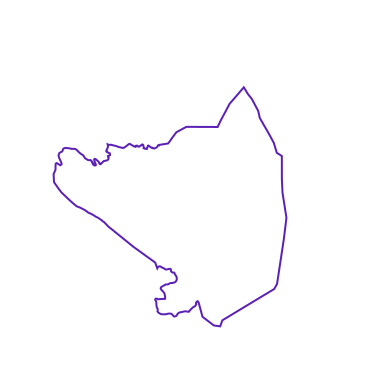 the district of Santa María Ipalapa, Oaxaca, Mexico, rotated 41°
{"feature_id": "50627088B14334632848246", "entity_name": "Santa María Ipalapa", "entity_type": "district", "adm_level": 2, "iso_a3": "MEX", "parent_name": "Mexico", "parent_adm1": "Oaxaca", "projection": "albers", "projection_center": [-98.024, 16.622], "detail": "fine", "context": "isolated", "style": "outline", "palette": "violet", "viewbox_px": 384, "rotation_deg": 41, "n_neighbors": 0, "source": "geoboundaries", "source_scale": "gbopen_adm2", "svg_char_len": 4788}
<svg xmlns="http://www.w3.org/2000/svg" viewBox="0 0 384 384"><g transform="rotate(41 192 192)"><path d="M296.0,278.4L301.4,274.9L299.1,268.9L317.7,211.2L316.5,205.6L292.4,167.6L287.4,160.2L280.2,149.5L260.6,133.0L251.1,123.0L236.2,105.9L230.3,106.8L221.6,101.3L216.1,99.2L213.1,98.1L209.2,96.7L202.5,94.4L194.5,91.6L188.8,87.4L184.1,85.6L176.3,82.6L169.6,81.3L162.4,79.0L162.5,90.1L162.5,94.5L162.5,100.7L163.3,104.2L164.7,110.1L166.6,118.6L168.7,126.1L157.0,136.2L144.9,146.6L144.8,147.0L141.0,157.2L141.5,164.2L142.0,168.6L142.1,171.1L136.3,178.0L136.5,178.4L136.0,178.6L135.9,178.8L135.8,179.0L135.9,179.7L136.1,180.4L136.1,181.3L135.5,183.0L135.3,183.4L135.1,183.7L134.8,184.1L134.2,184.2L134.0,184.3L133.7,184.4L133.8,184.5L133.6,184.7L132.4,185.2L128.7,185.5L128.5,185.9L128.4,186.0L129.5,188.7L129.3,188.7L129.4,189.0L129.5,189.2L129.3,189.3L128.5,189.8L128.4,189.9L128.4,190.0L128.1,190.1L127.9,190.2L127.6,190.5L127.4,190.6L127.0,190.6L127.1,190.2L126.0,189.8L124.4,188.6L123.9,188.5L123.5,188.6L123.2,188.8L123.1,189.1L123.1,189.7L123.1,190.1L122.9,190.3L122.7,190.6L122.6,191.3L122.5,192.0L122.5,192.3L121.8,192.9L121.7,192.8L121.2,192.8L120.7,192.9L120.3,193.0L120.0,193.1L119.6,193.5L119.5,193.8L119.3,194.1L119.8,194.5L119.8,194.9L118.8,195.3L118.2,195.7L115.7,196.1L113.4,196.5L112.8,197.5L112.5,199.8L112.3,200.3L111.7,203.1L111.5,203.4L111.2,203.6L111.1,203.8L110.9,204.1L110.6,204.3L108.5,205.4L107.6,205.9L107.2,206.1L104.4,207.2L101.9,208.5L100.8,209.0L100.1,209.3L98.9,210.4L98.4,210.8L97.5,211.3L97.1,211.4L97.6,211.8L98.2,212.2L98.8,212.9L99.5,214.4L100.1,216.6L100.4,217.3L100.7,217.5L101.3,217.2L101.6,217.6L103.6,217.1L104.6,216.7L105.5,217.5L105.9,217.8L105.0,219.9L105.6,220.1L105.4,220.3L107.3,221.7L107.4,222.6L107.2,223.8L105.1,226.6L104.8,231.0L104.1,231.4L103.4,231.3L103.0,230.7L100.2,230.4L98.1,230.4L97.0,230.7L96.7,231.1L96.9,231.8L98.7,233.0L101.2,234.2L101.8,234.8L101.8,235.0L101.6,235.4L101.5,235.6L101.3,235.7L100.5,236.1L100.4,236.1L99.8,235.8L99.2,235.5L97.5,235.0L97.7,235.4L96.8,235.0L94.9,234.4L94.6,234.4L92.7,236.1L89.7,236.6L89.2,236.7L87.2,236.1L85.8,235.7L83.3,236.1L81.0,236.2L77.8,235.9L75.7,236.1L74.2,237.2L72.9,238.4L71.5,239.1L71.4,239.1L67.6,241.7L67.1,242.4L66.6,243.5L66.5,243.8L67.2,245.7L67.3,246.0L67.3,246.4L67.3,247.1L67.1,247.3L66.7,248.4L66.3,249.5L67.3,252.0L70.1,253.8L70.7,254.0L72.2,254.7L74.0,255.5L75.4,256.6L75.0,258.3L71.2,258.8L70.7,259.2L70.6,260.0L71.3,261.1L72.7,262.8L74.4,264.8L75.8,269.3L76.0,269.5L80.7,274.4L80.9,274.6L81.1,274.8L81.8,275.2L84.2,275.8L88.2,276.8L88.7,276.9L89.2,277.1L91.1,277.4L93.7,278.0L105.2,278.5L110.4,278.6L111.1,278.5L113.1,278.5L114.2,278.5L117.8,277.2L120.3,276.6L122.3,276.1L123.0,275.9L123.4,275.9L124.1,275.9L125.8,275.6L126.1,275.7L126.5,275.7L127.6,275.5L128.5,275.3L129.2,274.9L131.1,274.5L131.4,274.4L132.0,274.3L132.9,274.1L133.7,274.0L135.3,273.8L138.0,273.1L142.3,272.6L143.8,272.7L145.1,272.4L152.1,273.0L152.7,273.0L153.1,272.9L184.0,271.8L199.5,270.4L210.5,269.4L215.9,272.4L215.5,270.7L216.3,269.4L217.2,268.8L217.9,268.8L218.4,268.7L219.1,268.7L219.6,268.4L221.0,268.0L222.6,267.9L223.3,267.5L224.4,266.2L225.2,265.0L226.1,264.2L226.4,264.2L226.7,264.2L228.1,265.5L228.7,265.7L229.7,265.6L230.2,265.5L230.7,265.1L231.6,264.5L232.0,264.7L232.8,265.2L233.4,265.4L234.3,265.6L235.3,265.9L236.2,266.3L236.9,266.8L237.6,267.7L238.2,268.7L238.5,269.7L238.3,271.4L237.8,272.1L237.2,273.3L236.3,274.1L235.4,275.0L234.8,276.4L234.7,277.1L234.1,277.9L233.4,278.4L232.8,279.2L232.5,280.2L231.9,281.5L231.6,282.6L231.3,283.4L231.1,284.1L231.5,285.2L232.1,285.6L232.6,285.8L233.2,285.8L233.8,286.0L234.7,286.0L235.5,286.1L236.4,286.3L237.2,286.5L238.2,286.9L238.9,287.5L239.1,287.7L240.0,288.3L241.2,289.5L241.7,290.3L241.4,290.8L240.4,291.5L239.7,292.3L238.9,293.1L238.0,293.9L237.3,294.7L236.7,295.3L235.8,295.4L235.3,295.7L234.7,296.1L234.6,297.0L235.1,297.6L236.1,297.9L236.7,298.1L237.4,298.7L237.9,299.1L238.5,299.8L239.3,300.7L240.1,301.3L241.2,302.2L241.9,302.5L242.5,302.6L243.1,303.0L243.8,304.0L244.1,304.6L244.8,304.9L245.9,305.0L246.5,305.0L247.4,304.8L248.3,304.7L249.3,304.1L250.1,303.6L251.0,302.7L251.9,301.9L252.9,301.0L253.3,300.2L253.9,299.3L254.7,298.6L255.3,298.1L256.0,297.6L257.1,297.4L258.2,297.5L259.2,297.8L260.1,297.7L260.6,297.3L261.1,296.5L261.4,295.8L261.4,295.0L261.2,293.9L261.1,293.0L261.4,291.5L262.1,290.4L262.7,289.8L263.5,288.6L264.3,287.6L264.7,287.0L265.6,286.1L266.5,285.6L268.2,284.5L268.2,284.0L268.0,283.3L268.2,282.4L268.1,281.3L268.2,280.3L268.3,279.5L268.4,278.4L268.7,277.4L268.9,276.9L269.2,276.2L269.1,275.6L269.0,274.5L269.0,274.1L268.2,273.6L267.8,273.0L267.6,272.3L267.7,271.6L267.6,271.3L267.9,270.7L268.8,271.0L269.4,271.0L271.2,272.2L281.8,279.3L296.0,278.4Z" fill="none" stroke="#5b21b6" stroke-width="2"/></g></svg>